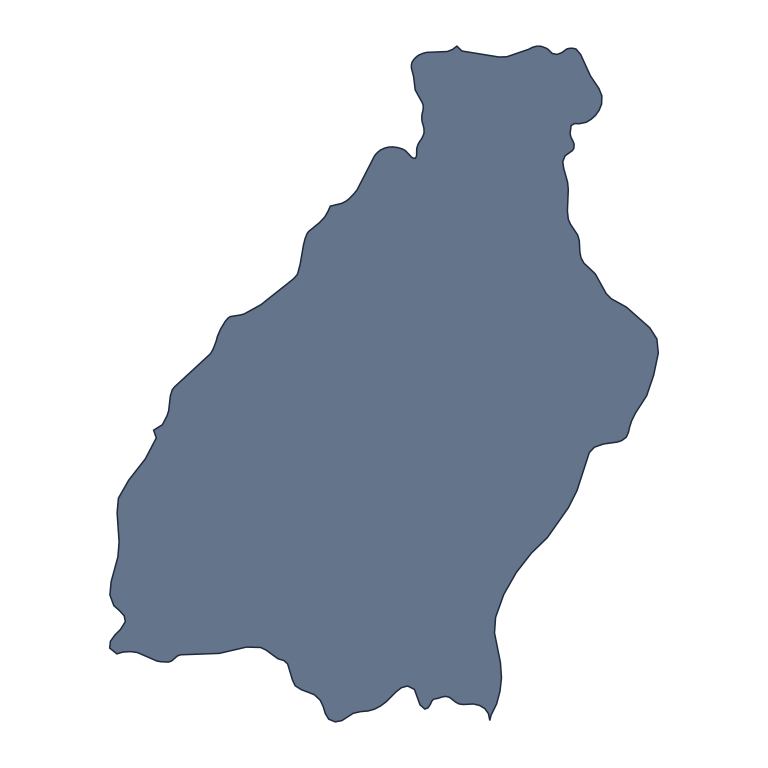 map outline of Surkhandarya (Albers equal-area conic projection)
{"feature_id": "UZB-362", "entity_name": "Surkhandarya", "entity_type": "Region", "adm_level": 1, "iso_a3": "UZB", "parent_name": "Uzbekistan", "parent_adm1": "", "projection": "albers", "projection_center": [67.527, 38.094], "detail": "fine", "context": "isolated", "style": "filled", "palette": "slate", "viewbox_px": 768, "rotation_deg": 0, "n_neighbors": 0, "source": "natural_earth", "source_scale": "10m", "svg_char_len": 3022}
<svg xmlns="http://www.w3.org/2000/svg" viewBox="0 0 768 768"><path d="M456.9,46.1L461.9,51.0L498.9,57.0L506.7,56.8L528.6,49.3L532.5,47.3L536.6,46.2L540.7,46.2L545.6,47.9L547.9,49.2L552.3,53.5L557.1,54.4L561.9,52.6L566.7,49.0L569.0,48.4L571.3,48.2L573.7,48.4L575.9,49.0L576.0,49.0L580.6,54.4L590.5,76.0L595.9,84.0L598.9,88.4L601.9,95.9L601.6,104.1L599.1,110.3L595.5,115.4L591.1,119.3L586.2,122.3L579.4,123.7L574.3,123.6L571.1,125.6L570.1,133.7L571.0,137.4L572.8,140.7L574.1,144.1L573.9,148.3L572.4,150.6L565.1,155.8L562.8,161.5L563.7,168.3L567.6,182.2L568.3,189.7L567.4,211.0L568.3,219.2L570.4,224.1L577.6,234.9L579.3,240.5L579.9,252.3L581.0,257.7L583.8,263.0L595.3,273.9L606.2,293.6L611.2,298.7L626.4,307.1L649.7,327.7L656.9,338.9L658.3,353.2L653.7,375.1L646.7,395.7L635.4,413.2L631.9,420.3L631.8,420.5L629.7,426.8L628.4,432.5L626.3,437.2L623.1,439.6L621.7,440.6L617.2,442.1L603.5,444.0L594.4,447.2L589.3,452.6L577.0,490.6L568.4,507.7L547.2,537.8L531.4,553.1L516.3,572.5L503.8,594.4L495.6,617.3L494.5,632.9L500.4,662.3L501.5,678.0L500.0,691.3L496.6,704.0L491.1,715.1L489.8,720.5L488.4,713.6L484.9,708.7L479.7,705.5L473.5,704.0L463.0,704.5L459.2,704.0L455.9,702.3L449.5,697.4L446.1,696.4L442.7,696.8L437.1,698.6L434.0,699.0L432.1,700.7L430.3,704.4L428.0,707.9L424.8,709.1L420.0,704.8L414.4,689.4L407.6,686.0L401.4,687.7L396.0,691.9L386.3,701.7L380.4,706.1L374.4,709.2L368.0,711.0L360.8,711.6L353.2,713.3L341.9,720.6L335.3,721.9L328.7,719.2L325.3,713.5L323.2,706.6L320.2,700.2L314.3,694.7L301.2,689.6L295.2,685.8L292.5,680.1L287.6,663.9L284.0,660.6L277.8,658.7L266.1,650.1L260.7,647.5L246.4,647.1L219.2,653.4L180.6,654.8L177.5,655.9L171.6,661.0L168.4,662.1L160.4,661.7L156.8,661.0L137.3,652.5L130.3,651.6L122.7,652.1L116.9,653.9L109.7,648.1L110.4,641.3L114.9,635.0L120.5,629.4L125.3,621.7L124.2,615.8L119.5,610.7L113.8,605.6L109.9,595.0L111.1,581.8L117.9,556.8L119.1,542.0L117.1,512.8L118.4,498.2L128.8,480.0L145.3,458.9L156.3,437.9L153.6,430.2L162.4,424.7L167.1,415.6L168.7,410.6L170.3,396.1L172.2,389.9L174.6,386.8L210.6,353.6L212.8,349.7L214.7,345.2L216.3,340.7L217.4,336.4L220.6,329.0L225.2,321.4L227.8,318.3L230.2,316.6L240.8,314.9L244.2,313.9L260.9,304.7L293.4,278.9L297.1,274.8L297.9,272.8L300.2,264.0L303.5,244.9L305.1,238.6L307.0,233.8L308.6,231.5L319.5,222.6L324.8,216.9L327.9,211.5L330.3,206.1L341.9,203.3L346.3,201.0L349.0,198.8L354.2,193.5L357.2,189.6L374.6,155.7L376.2,153.8L378.0,152.0L380.7,149.9L384.9,148.0L388.6,147.1L392.8,146.9L397.4,147.5L401.6,148.7L403.5,149.5L405.1,150.5L406.3,151.5L411.5,157.1L413.1,158.0L415.1,158.4L416.1,157.1L416.6,155.3L416.7,148.8L417.4,146.1L418.7,143.0L421.8,138.4L423.2,135.4L424.1,132.6L424.0,130.5L423.9,128.4L423.0,124.6L422.4,122.8L422.0,121.0L421.8,119.0L421.8,117.1L421.9,115.1L422.3,112.9L422.9,110.8L423.2,108.4L423.3,106.3L422.9,104.4L422.3,102.8L415.2,90.0L413.6,76.7L411.4,68.0L411.4,64.9L412.1,62.1L413.8,59.5L415.9,57.3L417.7,55.8L419.4,54.8L422.8,53.4L426.4,52.4L447.4,51.5L452.6,49.4L456.9,46.1Z" fill="#64748b" stroke="#1e293b" stroke-width="1.5"/></svg>